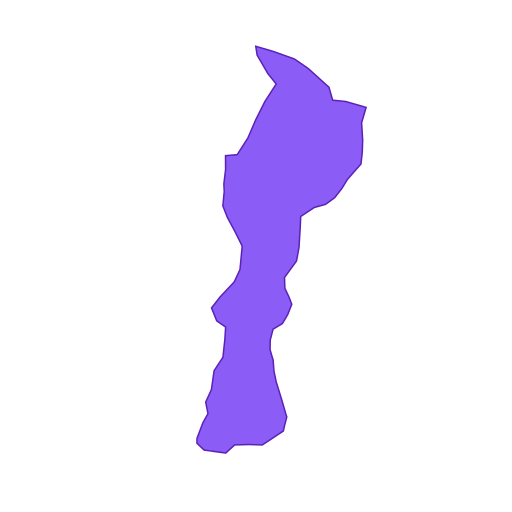 Voni, Cyprus, rotated 38°
{"feature_id": "46923920B56038902330980", "entity_name": "Voni", "entity_type": "district", "adm_level": 2, "iso_a3": "CYP", "parent_name": "Cyprus", "parent_adm1": "", "projection": "albers", "projection_center": [33.505, 35.215], "detail": "fine", "context": "isolated", "style": "filled", "palette": "violet", "viewbox_px": 512, "rotation_deg": 38, "n_neighbors": 0, "source": "geoboundaries", "source_scale": "gbopen_adm2", "svg_char_len": 1083}
<svg xmlns="http://www.w3.org/2000/svg" viewBox="0 0 512 512"><g transform="rotate(38 256 256)"><path d="M170.2,195.7L178.8,206.6L186.3,219.0L191.3,224.8L199.0,236.9L209.8,243.3L224.4,249.7L239.0,256.7L251.7,276.5L254.8,289.8L252.9,310.3L252.9,324.3L265.0,331.3L275.8,330.7L282.8,340.9L292.3,356.2L293.6,372.2L303.1,388.7L306.3,402.1L315.2,409.8L316.8,420.0L321.7,435.9L324.7,439.9L334.6,440.9L353.5,429.9L355.5,418.0L366.4,409.0L377.3,401.0L385.3,377.1L382.3,370.7L381.7,369.2L379.3,363.8L376.6,362.0L366.0,354.3L357.7,348.5L349.5,342.8L341.2,335.8L333.6,327.5L324.7,321.1L319.0,313.5L314.5,303.2L318.4,293.0L317.1,282.8L313.9,272.0L307.6,268.2L298.7,263.7L291.7,255.4L291.0,235.0L284.7,222.9L273.3,206.3L266.9,197.3L272.0,182.0L279.0,172.5L282.1,161.6L282.1,150.1L280.9,139.3L281.5,128.5L282.1,118.9L275.8,108.7L268.8,99.1L257.2,86.0L251.3,71.1L231.4,79.1L220.5,86.0L209.6,78.1L181.8,76.1L165.0,77.1L144.1,84.0L126.7,90.9L133.2,97.0L153.1,105.0L166.0,108.0L167.9,128.9L171.9,148.8L176.9,167.8L178.8,187.7L170.2,195.7Z" fill="#8b5cf6" stroke="#5b21b6" stroke-width="1.5"/></g></svg>